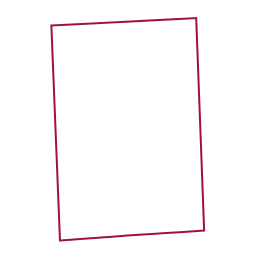 the district of Barton, Missouri, United States of America, rotated 266°
{"feature_id": "52423323B74100331432363", "entity_name": "Barton", "entity_type": "district", "adm_level": 2, "iso_a3": "USA", "parent_name": "United States of America", "parent_adm1": "Missouri", "projection": "albers", "projection_center": [-94.543, 37.501], "detail": "fine", "context": "isolated", "style": "outline", "palette": "rose", "viewbox_px": 256, "rotation_deg": 266, "n_neighbors": 0, "source": "geoboundaries", "source_scale": "gbopen_adm2", "svg_char_len": 447}
<svg xmlns="http://www.w3.org/2000/svg" viewBox="0 0 256 256"><g transform="rotate(266 128 128)"><path d="M235.0,87.8L235.6,58.7L20.5,52.3L20.5,60.4L20.6,73.8L20.6,74.2L20.6,93.0L20.7,95.5L20.6,100.3L20.6,102.2L20.7,115.1L20.8,118.2L20.7,137.0L20.6,144.1L20.6,146.3L20.6,148.7L20.6,151.5L20.6,159.0L20.5,166.1L20.4,173.4L20.4,180.7L20.4,195.1L20.4,196.7L20.4,196.8L232.9,203.7L235.0,87.8Z" fill="none" stroke="#9f1239" stroke-width="2"/></g></svg>